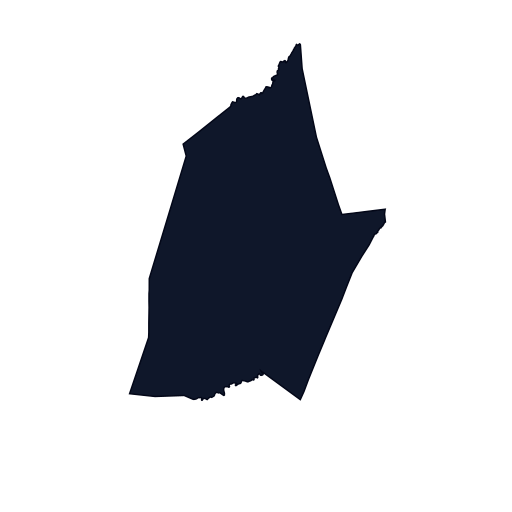 Gwembe, Southern, Zambia, rotated 132°
{"feature_id": "96606910B99334137269025", "entity_name": "Gwembe", "entity_type": "district", "adm_level": 2, "iso_a3": "ZMB", "parent_name": "Zambia", "parent_adm1": "Southern", "projection": "orthographic", "projection_center": [27.8, -16.661], "detail": "fine", "context": "isolated", "style": "filled", "palette": "ink", "viewbox_px": 512, "rotation_deg": 132, "n_neighbors": 0, "source": "geoboundaries", "source_scale": "gbopen_adm2", "svg_char_len": 5813}
<svg xmlns="http://www.w3.org/2000/svg" viewBox="0 0 512 512"><g transform="rotate(132 256 256)"><path d="M333.1,127.0L324.6,129.7L312.7,134.4L288.5,143.2L273.1,148.6L270.4,149.6L256.5,154.4L230.8,163.3L218.3,168.1L204.0,173.4L185.4,177.2L172.0,179.4L163.0,181.8L162.9,181.7L162.5,181.8L162.3,181.9L161.9,182.2L161.7,182.3L161.0,182.2L160.6,182.5L160.3,182.4L160.0,182.3L159.8,182.2L159.5,181.8L159.3,181.7L158.3,181.6L158.1,181.7L157.9,181.6L157.7,181.6L157.4,181.7L157.1,181.6L157.1,181.9L157.0,182.0L156.9,182.0L156.0,182.0L155.7,182.1L155.4,182.2L155.3,182.3L154.8,182.3L154.3,182.2L154.0,182.3L153.8,182.4L153.6,182.5L153.2,182.5L152.6,182.5L152.2,182.4L151.6,182.4L151.4,182.4L151.1,182.3L151.1,182.1L150.8,182.2L150.2,182.1L149.7,182.3L149.5,182.2L149.0,182.0L148.5,182.2L148.0,182.2L147.4,182.2L147.0,182.4L146.9,182.5L146.0,182.7L145.0,182.8L144.1,182.6L138.9,188.5L135.0,191.2L134.8,191.3L167.7,219.9L162.8,229.0L148.6,253.4L143.6,262.8L127.3,290.6L85.9,347.1L69.3,364.4L69.2,364.6L69.1,365.3L69.1,365.5L70.4,365.8L71.3,365.8L71.5,366.1L71.6,366.3L71.6,366.6L71.6,367.1L71.7,367.5L71.9,367.5L72.3,367.3L72.5,367.1L72.8,367.0L73.4,366.9L73.7,366.9L74.8,366.6L75.3,366.6L75.8,366.6L76.0,366.3L77.4,366.2L77.7,366.1L77.8,365.9L78.3,365.7L79.0,365.7L79.4,365.7L80.1,365.4L81.0,365.4L82.1,365.0L83.0,364.9L83.9,364.6L84.2,364.5L84.6,364.6L84.9,364.5L85.1,364.6L85.4,364.7L85.9,364.8L86.1,364.7L86.8,364.5L87.9,363.9L88.6,363.4L89.7,363.0L91.9,362.8L92.3,363.1L92.4,363.3L92.3,364.1L92.2,364.2L91.6,364.2L91.5,364.5L91.4,365.0L91.5,365.3L92.3,365.6L92.8,365.8L93.4,365.8L93.8,365.9L94.3,366.4L94.4,366.7L94.5,366.9L94.7,367.1L94.8,367.7L95.0,367.8L95.3,367.9L95.6,367.9L96.3,367.7L97.4,367.3L98.0,367.0L99.7,366.6L99.9,366.5L100.1,366.2L100.4,365.3L100.7,364.9L101.0,364.8L101.5,364.8L102.1,364.0L102.5,363.6L103.5,364.0L103.8,364.0L104.1,364.0L104.4,363.9L104.7,363.7L105.3,363.2L105.6,362.9L106.6,361.3L106.9,361.2L107.2,361.3L107.8,361.6L108.0,361.8L108.2,361.7L109.6,362.5L110.1,362.7L111.1,363.1L111.5,363.0L111.9,362.8L112.6,363.0L112.9,363.1L113.0,363.3L113.6,363.2L114.0,362.8L114.4,362.4L114.6,361.8L114.6,361.3L114.1,361.2L113.7,361.1L113.5,360.8L112.9,359.9L112.8,359.6L113.1,359.3L113.6,359.5L114.2,359.8L114.8,359.9L115.1,359.8L116.3,359.3L117.0,358.7L117.9,358.5L118.5,358.5L119.1,357.9L119.6,357.8L120.1,357.7L120.5,357.6L120.9,357.6L121.2,357.7L121.3,357.7L121.7,358.1L121.7,358.8L121.8,359.0L122.1,359.2L122.3,359.4L122.2,359.6L122.3,360.1L123.2,361.4L123.5,361.7L123.8,361.7L124.5,361.4L127.3,360.9L130.7,360.1L131.0,360.2L131.3,360.3L131.3,360.7L131.1,361.1L131.1,361.3L131.2,361.5L131.4,361.6L131.7,361.7L132.2,361.6L133.0,361.6L133.9,361.2L134.0,361.2L134.1,361.3L134.2,361.9L134.2,362.2L134.3,362.8L134.5,363.2L134.6,363.6L134.9,364.1L135.1,364.1L135.4,364.0L136.2,364.0L136.4,364.1L136.9,364.4L138.0,364.8L139.3,365.1L140.1,365.7L141.8,367.0L142.7,367.7L143.7,368.1L144.3,368.3L144.7,368.5L145.2,368.8L145.5,369.1L145.8,369.4L146.1,369.8L146.3,370.2L146.2,370.6L145.8,372.0L146.1,372.5L146.3,372.6L147.5,372.4L148.5,372.1L149.3,372.4L149.5,372.6L149.6,373.0L149.7,373.9L149.9,374.6L150.2,375.1L150.6,375.4L151.0,375.4L152.2,375.3L152.5,375.1L153.2,374.6L153.9,373.8L154.3,373.6L154.6,373.6L155.4,373.8L155.9,374.1L156.1,374.3L156.3,374.9L156.9,376.0L156.9,376.3L157.0,376.5L157.4,376.5L157.9,376.5L159.4,376.1L160.4,375.8L161.4,375.0L162.8,375.0L178.7,377.7L188.5,379.3L203.6,381.8L221.6,385.0L225.9,378.5L228.4,374.7L275.5,352.5L344.2,320.2L352.9,312.4L355.5,310.4L361.3,305.2L365.8,301.0L377.5,290.8L384.5,284.5L388.5,281.2L442.9,257.8L427.9,237.0L407.7,216.1L404.7,207.2L404.2,206.3L403.1,205.4L401.8,204.6L401.6,204.6L400.4,204.3L399.8,204.0L399.4,203.7L398.8,202.8L398.3,202.4L398.0,202.2L397.8,202.0L397.7,201.6L398.0,201.0L399.2,200.3L399.4,200.1L399.5,199.8L399.4,199.6L399.1,199.5L398.9,199.5L397.9,199.7L397.6,199.7L397.1,199.6L396.8,199.5L396.1,198.8L395.9,198.4L395.8,198.2L395.6,197.0L395.5,196.6L395.3,196.2L395.1,196.1L394.6,196.2L394.2,196.2L393.6,196.2L391.5,195.7L391.2,195.5L391.0,195.1L390.9,194.6L390.6,194.3L389.1,193.9L388.6,193.6L388.0,193.6L387.4,193.7L386.7,194.0L386.2,194.3L385.7,194.4L384.9,194.4L384.2,194.3L383.8,194.2L383.6,193.8L383.0,192.9L383.0,192.6L382.9,192.3L382.7,192.1L381.9,191.5L381.7,191.1L381.6,190.9L381.7,190.4L381.6,190.1L381.6,189.6L381.5,189.3L381.5,188.6L381.3,187.7L381.3,186.9L381.1,186.6L380.9,186.5L380.4,186.5L380.2,186.7L379.7,187.2L379.2,187.5L379.0,187.8L377.6,189.9L377.0,190.6L376.6,190.9L375.5,191.6L375.0,191.7L374.4,191.7L373.9,191.5L373.6,191.3L373.1,190.8L372.7,190.3L372.3,189.9L372.1,189.6L371.8,188.7L371.7,188.4L371.3,188.2L371.1,188.2L370.8,188.3L370.7,188.4L370.3,189.2L369.9,189.6L369.4,189.7L369.0,189.7L368.7,189.6L368.4,189.4L367.8,188.9L367.6,188.7L367.3,188.5L367.2,188.5L366.8,188.4L366.1,188.2L365.3,187.8L365.1,187.7L364.9,187.5L364.6,186.9L364.2,186.0L363.9,185.7L363.8,185.4L363.8,185.1L364.3,184.7L364.8,184.5L365.1,184.4L365.2,184.5L365.3,184.8L365.4,185.0L365.6,185.0L365.8,184.8L365.9,184.7L365.9,184.4L365.8,184.2L365.5,184.1L365.0,183.9L363.9,183.8L362.8,183.4L362.1,183.1L361.8,182.7L361.4,182.5L360.9,182.3L360.7,182.3L360.3,182.4L359.2,182.7L358.6,183.1L358.2,183.2L357.8,183.1L357.7,182.9L356.3,180.8L355.5,179.0L355.4,178.4L355.1,178.1L354.9,177.9L354.6,177.6L353.5,177.2L352.3,176.5L351.6,176.3L351.2,176.2L350.8,176.4L350.5,176.3L350.1,175.5L349.8,175.0L349.7,174.8L349.3,174.8L348.8,175.1L348.4,175.6L348.1,175.9L347.8,175.8L347.2,175.5L346.5,175.0L345.9,174.7L345.6,174.3L345.7,173.9L345.7,173.5L345.2,173.4L345.0,173.5L344.1,174.6L343.2,175.0L341.7,175.1L341.2,175.0L341.1,174.6L341.2,174.2L341.5,173.3L341.5,172.7L341.1,172.2L340.6,171.9L339.9,171.5L339.3,171.5L338.9,171.8L338.8,172.1L338.7,174.0L338.0,175.5L333.1,127.0Z" fill="#0f172a" stroke="#020617" stroke-width="1.5"/></g></svg>